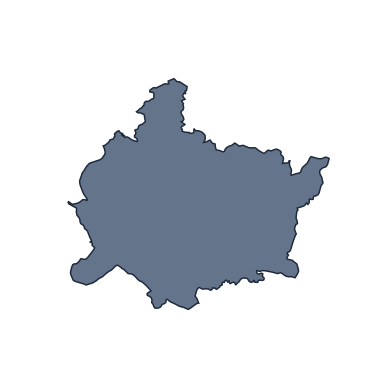 the district of Ha Hoa, Phú Thọ, Vietnam, rotated 342°
{"feature_id": "81297802B43584820413656", "entity_name": "Ha Hoa", "entity_type": "district", "adm_level": 2, "iso_a3": "VNM", "parent_name": "Vietnam", "parent_adm1": "Phú Thọ", "projection": "orthographic", "projection_center": [105.009, 21.586], "detail": "fine", "context": "isolated", "style": "filled", "palette": "slate", "viewbox_px": 384, "rotation_deg": 342, "n_neighbors": 0, "source": "geoboundaries", "source_scale": "gbopen_adm2", "svg_char_len": 6053}
<svg xmlns="http://www.w3.org/2000/svg" viewBox="0 0 384 384"><g transform="rotate(342 192 192)"><path d="M263.5,305.4L267.1,302.4L268.8,300.3L269.2,299.2L269.3,297.6L269.5,293.0L266.2,287.9L262.3,285.6L262.0,285.2L261.7,284.0L264.3,281.7L263.4,280.3L264.2,279.0L266.0,278.9L267.0,278.4L268.2,277.1L273.3,269.7L276.6,265.6L278.2,264.1L278.0,261.0L278.2,258.4L280.6,255.1L281.6,255.0L282.6,254.4L283.0,251.9L282.9,249.0L283.1,248.4L285.5,243.2L286.5,242.2L287.1,242.0L287.1,239.8L292.6,239.9L294.6,239.7L295.7,239.2L297.1,238.0L297.7,237.9L297.9,239.0L298.5,239.6L300.3,238.3L301.1,235.2L301.5,235.0L303.7,236.2L305.0,236.3L305.7,234.7L306.8,233.5L308.2,234.0L310.7,233.6L312.3,232.5L316.8,225.7L318.8,224.4L319.4,223.7L319.6,222.5L319.5,220.7L320.0,218.7L319.2,214.0L319.7,212.2L320.4,211.0L321.7,210.2L324.0,209.4L327.1,209.4L327.8,209.0L329.4,207.7L332.8,202.5L331.1,200.9L329.6,200.1L325.8,200.4L323.6,199.8L321.2,198.6L316.3,195.2L315.6,195.4L314.6,196.1L310.8,200.0L304.7,202.8L302.7,204.7L302.0,206.0L301.1,206.8L300.4,207.0L298.3,207.0L296.7,206.8L291.6,206.8L291.6,205.6L293.2,202.4L293.5,201.2L293.0,197.6L293.3,195.6L293.8,194.0L294.8,192.6L294.3,192.3L293.9,192.4L292.7,193.7L292.2,193.9L291.6,193.9L289.4,193.1L286.9,192.9L289.2,188.9L289.5,187.7L289.5,186.7L288.1,183.7L288.1,182.8L289.1,181.8L289.0,180.9L288.5,180.1L286.4,177.8L285.5,177.3L283.8,177.1L279.8,177.4L277.6,175.8L277.2,175.8L276.0,176.1L273.8,177.2L272.4,177.6L269.8,175.0L267.4,172.0L266.5,170.3L265.7,169.5L259.9,167.6L255.0,163.4L251.0,162.9L248.5,159.4L247.6,158.7L244.9,159.7L243.8,159.9L240.7,159.9L238.4,160.6L236.9,161.5L235.2,163.4L234.6,163.6L233.1,162.8L231.1,161.1L228.1,159.5L228.1,156.5L228.8,153.5L228.2,152.9L226.8,152.4L226.4,151.7L225.2,148.1L221.1,148.7L218.4,148.4L220.1,146.8L221.1,145.3L221.9,142.4L221.4,140.6L220.1,138.4L218.5,136.8L216.7,135.6L214.6,134.9L213.6,132.8L213.2,132.8L212.1,135.9L210.9,136.3L207.7,135.4L207.7,134.5L203.4,132.8L202.8,132.1L201.7,131.4L201.4,130.9L202.1,129.6L201.7,128.0L201.8,127.1L202.3,126.6L205.7,125.9L206.2,125.5L206.0,125.1L204.6,123.7L203.6,121.8L204.6,122.0L205.1,121.8L206.6,120.5L206.8,119.9L206.8,117.6L206.1,114.9L206.1,112.7L207.2,111.7L208.9,111.1L209.9,109.7L210.3,108.1L210.4,106.0L211.1,105.5L210.3,102.1L211.7,101.8L214.0,101.7L212.7,97.6L214.8,95.6L216.0,96.4L216.4,96.2L216.4,94.0L217.4,94.1L218.3,93.5L219.9,90.3L215.1,84.3L214.0,83.2L212.2,82.8L211.8,82.4L210.2,79.2L209.7,78.6L203.6,79.2L203.3,81.9L202.0,81.7L200.2,80.9L198.8,80.7L189.8,82.0L188.6,81.1L186.8,81.0L183.5,82.2L182.9,83.0L182.8,83.8L185.7,85.3L186.1,86.0L186.0,87.3L184.7,90.8L184.0,91.2L182.2,91.2L179.7,92.1L177.6,92.1L176.4,91.5L175.4,91.7L174.0,92.8L173.0,94.9L171.7,95.1L170.5,96.3L168.0,96.7L166.9,97.5L164.0,98.5L164.9,99.9L167.6,100.9L168.4,101.6L168.9,102.5L169.7,102.6L170.3,103.2L170.3,104.8L169.9,106.5L169.6,109.9L169.1,110.6L167.3,111.6L165.7,112.1L162.4,112.3L161.3,113.3L160.6,114.6L159.6,115.3L158.4,115.5L157.6,115.3L156.9,115.5L156.7,116.2L157.0,117.4L156.8,118.7L156.3,119.4L154.6,120.8L154.4,121.6L154.6,122.4L156.0,123.9L156.0,126.4L155.6,127.0L155.1,126.9L151.4,124.3L147.7,119.8L146.4,119.4L145.0,119.5L145.2,117.6L144.2,117.8L144.1,115.6L142.9,116.7L142.8,116.4L143.2,114.5L142.9,114.0L142.4,113.8L142.2,113.1L141.4,112.2L141.5,111.3L140.3,111.1L139.4,111.6L138.7,111.5L138.1,112.1L137.0,112.3L136.2,112.9L136.1,115.1L135.1,115.6L133.5,117.3L132.3,117.1L130.1,117.1L128.8,118.5L126.9,119.5L124.0,120.6L121.8,120.7L122.1,124.1L121.7,127.7L120.4,129.5L116.9,132.1L114.7,132.9L103.4,133.0L99.9,134.9L95.4,138.7L93.8,139.7L88.6,146.6L88.0,149.0L87.8,150.9L88.1,158.0L88.6,161.3L90.0,166.0L90.0,167.1L89.7,167.5L86.7,165.7L85.3,165.6L83.1,166.6L80.2,167.3L76.0,166.9L75.3,167.2L73.7,166.0L72.6,164.3L71.5,163.1L70.9,163.6L71.4,165.5L76.9,171.3L77.1,172.1L76.7,173.4L75.9,174.9L75.4,178.4L76.8,182.1L76.8,183.2L76.3,186.6L76.6,187.9L78.1,189.6L78.6,190.8L78.7,193.9L80.3,196.3L80.5,197.5L80.9,204.5L81.6,207.5L81.3,207.8L80.0,207.8L79.7,208.0L79.8,208.3L81.0,209.4L81.2,209.9L81.2,210.5L80.5,211.7L82.2,215.1L79.4,217.4L74.1,221.0L71.9,222.4L70.2,223.0L68.9,222.8L65.8,221.1L64.8,221.7L64.0,222.6L60.4,224.5L57.5,224.0L56.2,224.2L54.3,226.4L51.7,230.7L51.2,232.8L51.8,239.3L54.0,241.4L61.7,246.7L62.4,247.7L69.5,247.8L73.5,246.8L77.0,245.5L80.7,244.9L84.5,243.2L88.2,241.9L91.4,241.3L96.1,238.9L98.1,238.4L99.3,239.4L100.9,241.4L101.6,242.9L103.5,244.9L106.0,249.8L108.8,251.1L109.8,251.8L110.6,252.8L112.0,254.9L113.1,257.7L114.4,259.9L114.8,260.5L116.5,261.7L119.4,266.4L122.5,273.4L118.5,274.4L117.7,275.1L117.5,275.8L117.8,276.7L119.4,278.1L120.2,279.2L120.6,281.0L120.5,282.7L119.7,284.1L119.6,285.1L120.3,287.1L120.3,289.0L120.6,290.4L120.9,290.9L121.7,291.3L124.2,292.0L126.2,291.7L127.1,291.3L128.7,289.7L131.1,289.6L132.8,289.1L133.5,288.1L133.8,287.0L134.8,286.2L135.6,286.7L136.3,288.1L137.8,290.0L141.6,293.5L144.4,296.5L148.8,299.5L152.0,302.4L153.9,302.2L162.2,299.5L164.0,299.9L163.8,295.0L162.8,291.9L166.1,286.9L167.5,285.7L169.0,285.0L169.4,285.0L171.5,287.2L172.4,287.7L175.8,288.5L177.6,289.3L179.2,291.1L180.8,291.0L182.0,289.5L182.5,289.6L183.4,290.4L184.5,290.7L184.7,291.5L185.1,292.0L185.7,292.1L189.0,290.9L189.8,290.0L192.0,289.7L192.2,289.3L192.3,288.2L192.7,287.7L193.7,287.4L194.5,287.9L194.9,287.9L196.0,286.6L196.6,286.3L197.7,286.8L198.0,288.6L198.6,288.6L199.3,288.1L199.7,288.1L199.4,289.3L199.7,290.5L200.1,291.0L202.6,290.5L203.9,290.7L204.6,291.7L204.7,293.5L205.1,293.8L207.2,292.6L208.9,292.0L211.2,290.1L213.2,289.6L214.6,289.8L216.5,290.4L217.8,291.4L218.2,292.1L218.7,294.6L220.2,296.1L220.9,296.3L221.9,296.2L222.7,296.0L223.3,295.2L223.6,295.2L223.8,295.5L223.7,297.0L226.5,298.3L228.1,296.6L228.6,296.6L231.5,297.8L233.0,297.8L233.9,296.7L233.8,295.6L233.3,294.8L233.0,293.5L233.9,292.1L233.9,291.5L233.1,290.7L229.7,290.6L229.3,290.3L228.7,289.3L228.7,288.5L229.2,286.8L232.3,288.6L234.4,288.4L237.4,289.6L243.9,293.2L248.1,296.0L251.7,296.2L254.3,299.9L255.9,301.5L257.7,302.4L260.7,303.4L263.5,305.4Z" fill="#64748b" stroke="#1e293b" stroke-width="1.5"/></g></svg>